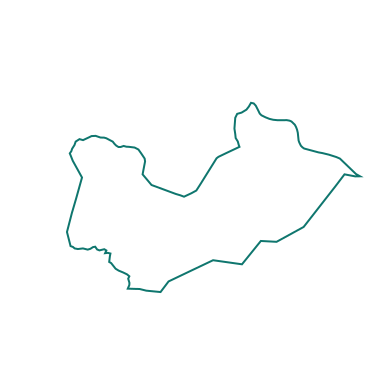 Luzilândia, Piauí, Brazil, rotated 38°
{"feature_id": "56859067B92615603488319", "entity_name": "Luzilândia", "entity_type": "district", "adm_level": 2, "iso_a3": "BRA", "parent_name": "Brazil", "parent_adm1": "Piauí", "projection": "mercator", "projection_center": [-42.399, -3.602], "detail": "fine", "context": "isolated", "style": "outline", "palette": "teal", "viewbox_px": 384, "rotation_deg": 38, "n_neighbors": 0, "source": "geoboundaries", "source_scale": "gbopen_adm2", "svg_char_len": 1695}
<svg xmlns="http://www.w3.org/2000/svg" viewBox="0 0 384 384"><g transform="rotate(38 192 192)"><path d="M267.3,82.9L253.6,88.7L251.5,88.8L249.3,88.5L246.0,86.9L244.3,85.8L238.9,80.2L236.4,78.2L233.9,76.7L231.6,75.7L227.0,75.2L225.0,75.7L222.5,77.0L215.3,82.7L211.5,85.1L208.0,86.7L203.9,87.9L199.5,88.8L197.1,88.5L193.2,86.6L189.1,84.7L186.1,84.2L183.6,85.4L184.2,89.7L184.2,93.6L182.2,98.9L179.5,102.6L180.4,106.9L186.4,115.9L190.5,119.8L193.2,122.6L197.0,124.0L199.8,126.1L201.6,127.2L194.8,140.7L191.2,148.0L190.6,150.3L193.9,181.5L194.5,188.2L192.3,193.3L188.6,200.6L184.8,201.8L180.5,203.5L155.8,211.4L142.2,208.5L136.2,196.8L134.1,194.8L128.0,192.8L123.6,191.5L119.4,192.3L116.9,193.8L114.4,195.3L112.4,196.7L109.8,197.8L108.1,200.4L106.4,201.8L103.8,202.1L101.3,201.8L98.5,201.1L94.8,201.8L91.4,202.4L89.2,203.3L86.4,205.4L81.5,207.1L78.4,209.8L77.3,212.1L74.2,218.2L70.8,219.6L69.3,223.9L70.5,227.4L70.9,231.7L71.8,234.2L71.9,236.8L74.2,238.1L78.8,240.8L96.4,248.3L104.6,268.2L109.3,280.0L110.1,282.1L118.1,300.5L129.6,309.4L132.0,308.6L134.3,308.7L137.2,307.2L140.8,303.6L145.3,301.6L146.9,299.3L147.9,296.4L149.4,294.7L152.6,295.7L155.0,295.0L158.1,291.1L160.5,290.8L161.2,293.7L163.1,291.8L165.6,290.7L166.8,293.1L169.8,298.1L172.1,297.8L179.0,299.5L182.6,299.1L187.3,297.8L191.5,296.9L194.5,297.0L195.1,299.6L198.6,302.1L199.9,303.9L200.9,307.7L207.9,302.6L210.4,300.7L216.7,297.9L228.8,290.2L228.6,276.9L239.6,254.8L240.9,252.2L250.6,232.8L275.9,218.2L276.4,188.2L289.3,179.2L301.5,150.8L301.5,124.9L301.5,115.1L301.5,99.3L301.3,84.2L311.0,79.2L314.7,76.2L310.2,76.9L288.0,74.6L284.2,75.6L276.9,78.3L270.7,81.1L267.3,82.9Z" fill="none" stroke="#0f766e" stroke-width="2"/></g></svg>